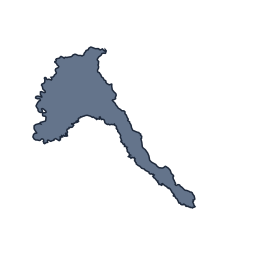 the district of Piamonte, Cauca, Colombia, rotated 120°
{"feature_id": "7082276B2298083414171", "entity_name": "Piamonte", "entity_type": "district", "adm_level": 2, "iso_a3": "COL", "parent_name": "Colombia", "parent_adm1": "Cauca", "projection": "equal_earth", "projection_center": [-76.259, 1.273], "detail": "fine", "context": "isolated", "style": "filled", "palette": "slate", "viewbox_px": 256, "rotation_deg": 120, "n_neighbors": 0, "source": "geoboundaries", "source_scale": "gbopen_adm2", "svg_char_len": 5983}
<svg xmlns="http://www.w3.org/2000/svg" viewBox="0 0 256 256"><g transform="rotate(120 128 128)"><path d="M156.1,34.6L153.8,36.7L152.9,38.8L152.0,40.0L151.9,41.1L152.4,42.3L152.3,43.2L152.7,45.9L153.3,47.2L153.3,48.3L152.4,51.4L152.2,53.7L151.6,54.7L151.6,55.3L152.0,56.4L153.6,57.5L153.6,58.3L153.2,59.0L152.1,59.2L151.5,60.4L150.4,61.7L149.4,63.5L148.6,63.9L148.0,64.6L147.0,64.4L146.4,64.9L145.7,67.8L143.5,70.3L142.6,73.0L142.4,76.1L142.6,76.6L144.6,77.4L145.6,78.3L146.9,81.4L146.6,83.6L145.7,85.7L145.8,90.4L145.5,91.8L145.0,93.2L141.8,95.9L139.9,98.4L138.2,102.1L137.7,105.1L137.1,106.2L133.5,108.9L130.9,111.4L130.2,111.1L128.5,111.9L128.3,112.0L128.0,113.5L127.0,113.9L126.9,115.7L126.5,116.3L127.1,118.3L127.6,122.8L125.9,125.2L124.3,126.5L123.5,127.5L122.8,129.1L121.9,129.7L121.7,131.9L120.2,132.2L119.2,134.1L117.7,135.9L117.1,137.8L115.5,138.7L115.2,140.1L116.2,142.1L115.7,143.6L115.7,146.3L114.6,148.5L114.2,149.8L113.0,151.6L112.0,155.3L111.4,155.4L109.9,153.9L108.8,153.4L108.0,154.2L105.5,154.6L104.5,155.5L104.2,156.1L103.9,157.7L102.8,160.7L100.1,162.9L98.2,163.9L98.2,164.3L99.6,165.4L100.0,166.1L100.1,168.6L99.4,170.2L98.8,170.3L98.2,171.0L98.3,172.9L97.1,174.4L97.0,176.4L95.4,178.3L95.0,179.6L94.4,180.5L94.7,181.8L94.0,182.8L92.9,183.4L90.9,183.5L89.6,184.1L88.3,185.6L87.4,185.5L86.2,186.3L85.4,186.4L85.1,186.7L84.4,188.6L83.8,189.0L81.2,188.9L78.5,187.7L76.5,187.8L75.3,186.4L74.8,185.1L74.4,184.9L72.1,185.4L71.5,187.0L73.0,186.2L73.0,187.8L72.3,189.7L74.2,191.0L74.4,192.2L74.0,192.9L74.1,193.4L75.6,195.9L76.3,200.1L76.6,200.8L78.5,201.8L80.1,201.6L81.9,203.1L82.8,202.9L85.3,203.3L86.7,202.8L88.5,203.7L88.7,204.0L88.7,205.0L90.1,207.4L90.3,210.0L90.7,210.9L92.1,212.1L93.8,212.4L94.7,212.9L96.9,215.6L97.4,216.0L98.1,217.8L99.5,218.2L99.3,219.2L99.5,221.8L100.4,222.2L101.6,222.2L103.9,224.6L104.8,224.7L105.2,224.0L105.8,223.8L106.3,223.9L107.0,224.6L107.7,224.1L107.8,222.3L108.8,220.9L109.0,219.5L109.5,218.6L110.5,218.6L112.7,220.1L113.7,220.1L114.7,219.5L116.0,217.6L116.7,217.4L118.8,218.2L120.4,218.1L121.4,218.5L122.6,220.0L123.2,218.9L123.9,218.3L124.8,218.4L125.3,220.9L126.4,222.2L126.4,223.1L125.6,223.9L125.5,224.6L125.8,225.2L126.3,225.4L126.9,225.2L127.6,224.2L130.1,223.0L131.5,223.3L133.0,224.5L134.1,224.4L134.9,222.9L136.8,221.3L137.5,218.2L138.4,217.5L139.0,217.9L139.4,218.8L139.8,221.3L140.5,221.9L142.7,220.7L143.7,218.5L144.4,218.2L144.8,220.4L145.5,222.1L146.6,223.3L147.6,223.4L148.2,223.0L148.2,222.2L147.9,220.8L147.1,219.6L147.0,218.7L147.5,218.0L148.0,217.7L149.1,218.6L151.3,218.9L154.7,218.7L155.3,218.2L156.6,215.5L158.0,214.5L158.5,213.1L158.4,212.1L158.2,211.3L157.5,210.5L156.3,210.4L154.8,212.4L154.1,212.1L153.8,210.8L154.4,207.8L155.1,206.9L155.5,206.9L156.0,207.2L157.5,209.4L158.0,209.4L159.7,208.3L160.0,207.8L159.9,207.2L159.2,205.6L159.6,204.4L162.5,203.1L163.4,203.1L167.0,206.7L167.5,206.7L168.1,205.6L168.4,206.9L171.1,209.6L173.0,210.4L175.1,209.3L176.0,208.4L177.9,204.6L178.5,204.9L179.3,206.2L181.0,206.5L183.3,205.9L184.5,203.7L184.5,201.8L183.8,200.7L183.1,198.4L182.5,197.9L180.7,197.4L180.3,196.9L180.2,195.8L180.5,195.2L181.4,194.5L182.2,194.6L182.5,193.8L183.3,193.2L183.2,192.3L181.7,191.7L180.6,190.4L179.1,191.5L178.5,191.3L178.2,190.3L178.3,188.6L178.1,188.1L177.0,187.4L175.6,186.0L175.0,186.4L173.3,185.3L173.4,181.3L172.1,180.7L171.7,181.4L171.2,181.1L170.0,181.5L169.8,182.3L168.9,181.6L168.9,180.7L168.6,180.4L168.2,181.5L167.8,181.7L167.8,180.3L166.6,180.1L166.8,178.7L166.5,178.3L165.9,178.4L165.8,177.1L165.1,176.5L164.3,177.1L164.4,178.9L163.9,179.4L163.6,179.3L163.2,178.1L162.4,178.1L161.6,178.5L160.8,179.7L159.5,180.0L158.0,178.8L157.0,179.3L156.5,178.3L156.0,178.1L155.8,177.4L155.0,176.6L152.7,176.4L152.5,177.2L152.8,178.6L152.4,178.9L151.6,177.4L151.0,177.3L150.7,176.8L149.9,176.5L149.3,175.7L148.5,176.1L148.4,174.9L148.1,174.5L147.7,174.7L147.0,174.3L146.9,174.8L147.0,175.5L145.7,174.9L144.6,175.7L143.8,175.4L143.4,174.7L142.0,174.6L141.8,174.3L141.7,173.6L140.8,173.2L139.2,171.6L138.8,171.5L137.4,169.8L136.5,166.3L136.6,164.2L135.8,163.5L136.0,161.1L135.7,160.3L136.3,159.8L136.3,159.5L135.5,159.6L135.6,159.0L134.9,158.2L134.6,157.1L134.1,157.1L132.9,158.2L132.3,157.8L134.0,155.3L133.2,154.6L132.9,153.5L133.0,152.5L135.0,150.6L135.3,148.7L135.2,147.5L134.5,146.9L134.5,145.6L133.1,144.1L132.5,142.4L131.4,141.7L131.6,141.4L132.1,141.5L132.3,140.4L132.2,139.4L133.0,138.3L134.1,138.1L134.6,137.2L134.4,136.6L135.6,135.3L136.2,135.1L136.7,133.1L137.1,132.8L137.3,131.8L138.2,130.6L140.1,130.0L140.3,129.3L142.2,127.1L143.0,127.6L143.5,127.1L143.6,125.4L144.3,124.4L144.5,123.6L143.8,123.0L144.8,122.2L145.7,121.8L145.0,120.9L145.4,119.9L145.2,119.2L145.8,119.4L146.6,118.8L146.9,117.9L148.4,117.2L148.9,116.2L149.1,114.7L150.2,113.6L150.2,112.5L150.7,113.0L152.6,113.4L152.5,112.5L151.9,112.3L152.3,112.0L152.3,111.1L152.7,110.3L151.4,109.8L151.3,108.7L150.5,107.9L151.1,106.5L151.6,106.8L152.5,105.8L153.1,105.9L153.4,104.9L154.0,104.2L154.1,103.5L155.0,102.9L155.4,100.3L155.2,98.6L156.0,96.1L155.4,93.4L156.0,91.9L155.7,87.8L156.7,86.9L156.8,85.7L155.9,84.9L156.0,83.9L155.4,83.2L155.7,82.5L155.6,81.8L155.9,81.8L156.2,82.6L157.0,81.8L157.5,82.2L158.2,80.7L158.1,79.7L159.4,76.3L159.1,75.6L160.1,75.1L160.5,74.0L161.4,72.9L160.9,72.2L160.8,70.2L160.4,70.1L159.9,70.5L159.7,70.2L159.4,70.7L158.9,70.3L159.5,67.1L159.4,65.3L160.0,63.9L159.9,63.1L159.5,62.8L159.9,62.3L159.6,62.0L159.6,61.4L160.9,58.7L161.4,58.4L162.4,55.2L162.7,54.8L163.2,55.1L164.1,54.8L164.1,54.1L163.6,53.5L164.8,51.6L164.9,50.1L166.7,47.4L167.4,46.7L167.5,46.0L166.9,45.5L167.0,44.9L167.7,44.1L167.5,42.7L166.9,42.4L166.8,41.8L166.0,41.7L165.9,41.2L166.2,40.7L166.0,39.8L166.1,39.0L166.3,38.8L166.7,38.9L166.8,38.6L166.1,37.2L165.7,37.0L165.9,35.8L165.6,35.0L165.7,34.5L165.4,34.3L165.4,33.5L164.7,32.6L164.8,32.1L164.3,32.1L163.8,31.4L162.6,30.6L161.8,32.4L160.9,33.2L159.7,35.0L158.7,34.7L157.8,35.6L156.8,34.6L156.1,34.6Z" fill="#64748b" stroke="#1e293b" stroke-width="1.5"/></g></svg>